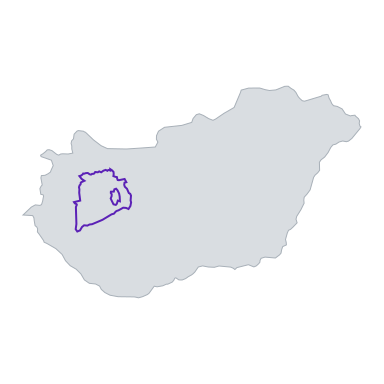 where Veszprém sits in Hungary
{"feature_id": "HUN-3158", "entity_name": "Veszprém", "entity_type": "County", "adm_level": 1, "iso_a3": "HUN", "parent_name": "Hungary", "parent_adm1": "", "projection": "albers", "projection_center": [17.661, 47.071], "detail": "fine", "context": "in_parent", "style": "outline", "palette": "violet", "viewbox_px": 384, "rotation_deg": 0, "n_neighbors": 0, "source": "natural_earth", "source_scale": "10m", "svg_char_len": 3835}
<svg xmlns="http://www.w3.org/2000/svg" viewBox="0 0 384 384"><path d="M322.1,95.3L326.8,94.4L327.0,94.5L328.1,94.8L329.1,98.2L329.2,98.4L330.5,100.6L331.7,103.5L333.5,105.7L337.2,106.4L342.1,108.9L345.5,114.0L350.3,115.9L350.6,115.9L351.5,115.6L354.9,115.2L355.6,116.2L358.4,118.6L359.6,120.9L359.2,123.3L359.9,126.0L361.0,126.9L359.8,128.8L351.8,138.5L348.5,141.1L346.3,141.7L342.7,141.0L339.1,142.0L335.9,144.1L332.9,144.9L330.8,147.4L328.1,152.5L324.7,157.0L321.1,159.8L319.4,162.2L319.6,170.3L317.7,172.8L315.0,175.2L313.6,177.4L310.1,189.9L307.1,194.0L304.2,197.2L303.8,200.0L304.1,203.2L300.9,209.7L296.7,216.4L296.0,219.2L297.1,222.8L293.0,227.1L290.6,229.3L288.5,230.3L287.3,233.0L285.5,239.5L286.2,242.3L286.4,244.9L282.7,246.6L281.7,249.5L281.0,253.2L279.5,254.9L275.4,258.0L265.0,257.1L261.1,258.3L260.0,260.5L259.9,262.2L258.6,263.8L256.3,265.9L253.9,266.9L248.4,264.7L236.9,267.6L234.9,269.5L233.2,268.2L230.7,267.1L219.0,266.0L214.4,267.3L208.3,267.0L202.6,265.9L198.3,267.0L194.7,272.2L192.9,273.9L191.4,275.0L188.3,276.7L185.6,278.6L182.1,280.0L178.9,279.9L175.8,277.8L174.7,278.3L173.8,280.3L172.2,282.1L167.7,284.2L166.5,284.2L166.3,284.2L162.8,285.8L157.1,286.8L154.2,286.2L149.1,293.2L147.5,294.5L142.5,296.7L138.5,297.8L135.0,297.0L133.6,296.9L118.1,296.7L110.0,295.2L104.8,292.5L101.3,289.4L99.6,286.1L95.6,284.0L89.3,283.3L84.4,279.9L80.9,273.9L76.2,269.2L70.2,265.7L65.5,260.7L62.1,254.4L55.8,248.6L46.8,243.4L44.1,242.2L43.6,240.6L39.2,234.2L37.4,231.9L37.6,228.7L36.7,226.9L35.1,225.7L34.3,221.2L33.9,217.8L32.7,215.6L23.0,215.0L31.3,207.1L35.3,204.9L39.9,205.4L41.4,204.7L41.9,203.5L42.7,200.9L43.1,198.4L43.6,196.1L43.1,194.8L40.8,194.3L39.9,188.6L41.0,186.4L42.2,184.9L40.9,177.9L41.4,175.6L45.0,175.3L48.0,173.8L50.4,172.1L51.2,170.0L53.2,165.6L51.4,160.2L41.1,156.6L40.6,155.2L43.0,153.7L45.6,151.6L47.2,149.9L49.1,149.7L51.9,150.6L56.9,154.5L58.8,155.1L60.7,154.0L62.6,153.8L68.2,154.0L72.8,153.1L71.8,149.0L71.8,145.9L71.1,143.5L71.6,140.9L73.5,138.8L74.1,134.2L77.0,131.1L78.3,130.6L83.4,131.2L84.6,132.0L85.4,132.2L93.5,139.9L101.1,145.7L107.4,148.6L116.7,148.8L126.5,149.0L143.0,147.9L155.3,147.0L156.1,145.5L157.9,142.1L156.4,139.2L156.5,135.7L158.5,131.2L164.5,127.3L181.8,125.4L191.7,122.4L193.1,118.5L196.3,114.7L199.3,113.8L203.5,115.5L208.6,118.6L213.0,120.3L215.5,119.1L224.2,113.2L234.1,107.5L240.5,92.4L241.2,90.1L248.6,88.1L259.6,88.0L265.3,89.7L269.5,90.5L275.9,89.9L284.8,86.3L288.2,86.2L290.9,88.3L293.9,90.1L295.9,92.4L297.6,95.6L298.4,96.9L299.8,98.5L302.2,100.7L304.5,101.2L321.2,96.2L322.1,95.3Z" fill="#d9dde1" stroke="#a8b0b8" stroke-width="1"/><path d="M124.6,179.0L126.3,182.2L124.5,182.7L124.2,184.8L124.8,186.7L127.0,188.8L128.8,193.0L130.2,193.8L131.0,195.6L130.6,200.5L131.1,202.4L130.4,206.0L128.5,209.0L126.0,207.9L123.2,207.7L118.4,210.4L117.0,210.8L115.8,211.5L113.9,213.7L111.6,214.3L102.5,219.8L92.1,224.2L89.5,224.5L87.4,225.6L84.1,225.3L82.0,227.0L80.0,230.4L77.3,231.5L75.7,229.2L76.4,224.0L75.9,207.3L76.1,206.4L76.5,205.6L76.8,204.8L76.5,204.1L75.1,203.5L74.5,202.9L74.0,202.1L80.2,200.6L79.2,192.8L79.4,189.3L79.0,187.2L79.6,185.3L80.3,184.7L80.7,183.9L80.7,182.8L81.1,182.3L84.4,180.8L81.6,178.9L79.4,176.1L81.4,175.4L82.7,174.3L83.2,173.5L84.1,173.7L85.9,173.1L87.8,173.0L89.5,174.2L90.3,174.5L91.2,174.5L92.0,173.9L93.1,173.9L94.2,173.5L95.2,172.0L97.8,172.3L99.2,171.4L101.2,172.3L103.4,170.7L105.7,169.9L107.4,170.8L108.3,170.0L109.2,170.1L110.2,170.5L110.2,169.1L112.0,170.3L113.5,171.9L113.7,174.0L113.4,176.1L115.3,176.8L116.9,177.1L117.2,178.7L117.7,180.0L118.9,180.2L124.6,179.0ZM119.9,201.3L119.7,196.7L119.1,193.5L117.5,190.3L116.1,188.7L114.4,189.3L113.8,191.6L110.9,191.7L110.8,193.0L111.7,194.2L111.6,196.2L110.7,198.5L112.0,201.3L113.5,204.3L115.8,204.9L116.8,203.8L117.8,200.6L119.9,201.3Z" fill="none" stroke="#5b21b6" stroke-width="2"/></svg>